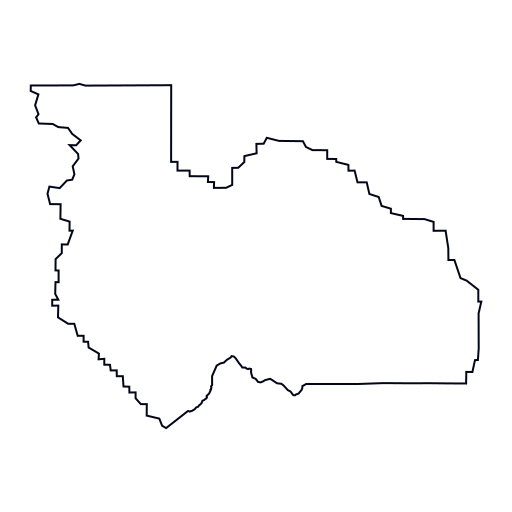 Plumas, California, United States of America (Natural Earth projection)
{"feature_id": "52423323B49571098968478", "entity_name": "Plumas", "entity_type": "district", "adm_level": 2, "iso_a3": "USA", "parent_name": "United States of America", "parent_adm1": "California", "projection": "natural_earth1", "projection_center": [-120.915, 40.023], "detail": "fine", "context": "isolated", "style": "outline", "palette": "ink", "viewbox_px": 512, "rotation_deg": 0, "n_neighbors": 0, "source": "geoboundaries", "source_scale": "gbopen_adm2", "svg_char_len": 2692}
<svg xmlns="http://www.w3.org/2000/svg" viewBox="0 0 512 512"><path d="M50.1,204.1L60.6,204.2L60.4,218.8L69.6,221.6L69.5,230.7L72.7,230.7L67.7,244.5L61.8,244.4L61.8,253.1L55.6,259.1L55.5,270.4L58.6,270.5L58.6,282.2L55.5,282.1L55.2,293.9L58.3,299.7L52.2,299.8L52.2,305.7L58.3,305.6L58.0,317.4L68.2,323.8L74.3,323.8L77.7,335.8L83.6,335.8L83.6,341.7L88.1,341.8L88.6,347.5L98.9,353.6L98.6,359.3L104.3,358.8L104.3,364.7L110.0,364.8L110.7,370.4L116.7,370.4L116.8,376.2L122.8,376.2L123.5,386.5L129.3,386.7L129.4,392.5L135.6,392.4L135.6,398.3L140.8,404.1L146.8,404.1L146.7,415.6L159.3,418.6L162.1,425.7L166.1,428.1L187.8,411.1L188.3,411.0L189.8,411.6L191.0,411.1L192.2,410.8L193.5,409.9L194.9,409.1L195.9,407.7L197.1,407.1L198.3,406.6L198.9,405.5L200.3,404.4L201.7,402.9L202.4,400.8L204.2,400.0L205.1,399.2L206.4,398.4L207.0,397.2L206.6,396.7L206.7,395.7L207.6,395.0L209.1,393.6L209.7,392.3L210.2,391.2L210.6,390.3L210.4,389.9L210.7,389.4L210.9,389.6L211.2,389.0L211.0,388.5L211.4,387.4L211.1,386.3L212.1,385.1L212.1,376.1L216.7,365.6L220.4,363.4L223.9,362.6L226.9,359.8L230.7,357.5L231.6,356.1L234.0,356.6L235.6,358.2L238.9,363.0L241.1,365.7L242.3,367.5L245.5,367.6L246.5,368.6L248.2,369.1L249.2,368.6L251.0,369.0L251.2,370.1L251.0,372.3L252.4,377.4L255.7,378.9L258.0,381.9L260.5,382.4L262.9,381.5L264.9,380.2L270.0,378.8L272.3,380.1L274.9,381.9L277.1,383.3L281.4,383.8L283.6,385.5L285.7,387.8L287.8,390.1L290.4,391.4L292.2,393.8L293.4,395.2L295.0,395.3L296.1,394.4L298.5,393.6L301.6,389.9L302.3,388.0L302.4,386.1L306.2,384.0L311.6,384.0L324.2,384.0L335.7,384.0L342.3,384.0L358.1,384.0L383.2,383.1L398.1,383.2L410.1,383.3L428.8,383.2L447.7,383.4L466.1,383.5L466.3,371.9L472.4,372.0L475.0,360.1L477.9,360.0L478.7,348.5L478.6,313.4L481.3,301.6L478.3,301.6L478.3,289.8L466.6,280.6L460.5,278.1L454.4,260.0L448.4,260.0L448.3,248.2L445.6,230.7L433.6,230.8L433.6,221.9L424.5,219.1L403.1,218.9L403.1,215.9L390.9,213.1L390.9,208.7L381.6,205.9L378.7,197.0L369.4,194.0L366.7,182.3L357.5,182.3L354.6,170.6L348.5,170.7L348.4,164.9L336.3,161.9L336.2,159.0L327.2,158.9L327.2,150.2L312.4,150.1L306.0,147.0L302.9,141.2L279.0,140.9L266.8,137.8L263.7,143.7L256.4,143.9L256.6,153.3L244.4,156.1L244.3,162.0L238.2,167.8L232.2,167.9L232.2,184.9L226.1,187.8L213.9,187.9L214.1,182.1L207.9,182.0L208.2,176.3L189.7,176.2L189.6,170.6L177.5,170.6L177.5,161.9L171.1,161.9L171.2,85.2L85.4,85.6L79.4,83.9L73.1,85.4L30.8,85.5L30.7,91.0L38.4,94.4L35.1,105.3L38.5,114.2L36.1,117.4L38.8,123.5L52.7,124.0L58.3,127.1L68.0,127.9L72.2,133.9L80.7,140.4L76.1,145.3L69.6,145.1L78.1,154.0L78.5,158.6L72.7,166.3L74.4,174.3L72.2,179.7L66.9,180.5L59.7,188.1L49.4,186.6L47.5,193.7L50.1,204.1Z" fill="none" stroke="#020617" stroke-width="2"/></svg>